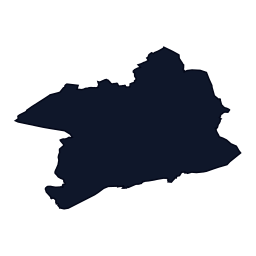 Valle nor, Aust-Agder, Norway (Natural Earth projection)
{"feature_id": "86288312B24572790615824", "entity_name": "Valle nor", "entity_type": "district", "adm_level": 2, "iso_a3": "NOR", "parent_name": "Norway", "parent_adm1": "Aust-Agder", "projection": "natural_earth1", "projection_center": [7.485, 59.169], "detail": "fine", "context": "isolated", "style": "filled", "palette": "ink", "viewbox_px": 256, "rotation_deg": 0, "n_neighbors": 0, "source": "geoboundaries", "source_scale": "gbopen_adm2", "svg_char_len": 5452}
<svg xmlns="http://www.w3.org/2000/svg" viewBox="0 0 256 256"><path d="M206.4,72.5L200.2,70.4L192.0,70.0L187.1,70.6L184.3,71.9L184.1,71.9L184.1,71.6L184.4,70.9L184.2,70.7L184.1,70.4L183.8,70.1L183.5,70.0L183.2,70.0L183.1,69.8L183.2,69.6L182.9,69.2L183.2,68.7L183.5,68.2L183.6,64.9L183.0,64.5L181.7,62.2L181.4,61.9L179.9,59.5L179.3,58.7L179.1,57.8L179.0,55.6L178.9,54.9L172.7,51.5L164.6,47.6L163.8,47.2L163.3,48.3L158.1,51.2L154.4,52.7L153.5,53.7L151.5,52.8L149.0,54.7L148.5,55.9L148.5,56.7L146.8,58.0L147.3,58.6L148.4,60.4L145.5,62.0L143.3,62.7L142.8,63.1L140.7,64.0L138.1,64.8L138.4,65.1L140.5,67.3L140.2,67.5L137.6,68.2L134.5,69.8L134.2,70.3L133.4,70.9L133.3,71.7L133.4,72.2L133.6,72.3L133.9,72.6L134.6,72.9L134.7,76.1L135.1,76.9L136.0,78.1L136.0,78.9L136.0,79.8L134.6,80.8L134.4,82.5L133.3,82.8L131.8,83.2L131.4,83.5L130.2,83.9L130.1,85.7L130.0,86.0L129.8,86.9L129.4,86.9L128.3,87.1L127.4,87.1L126.5,87.4L126.3,87.1L126.1,86.8L125.6,86.8L125.4,86.6L125.2,86.2L125.2,85.6L125.0,85.4L124.7,85.4L123.3,85.8L122.6,85.7L122.2,85.9L118.9,86.1L118.6,85.9L118.3,85.5L117.8,84.5L117.8,84.3L117.6,84.0L117.4,83.7L116.9,83.3L114.7,83.7L113.9,83.6L113.6,83.7L113.3,83.9L113.0,83.9L112.6,84.0L111.9,83.9L110.7,83.3L110.6,83.1L110.4,82.9L110.0,82.6L110.1,82.4L110.0,82.2L109.6,81.9L109.2,81.4L108.5,81.0L108.5,80.6L108.4,80.4L107.7,80.3L107.4,80.1L106.9,79.7L106.4,79.5L105.6,79.7L104.5,80.0L103.2,80.7L102.2,81.0L101.2,81.6L100.7,81.8L100.4,81.8L99.8,82.1L98.9,82.0L97.9,81.7L98.1,82.4L98.4,83.3L98.9,85.2L98.1,86.1L98.0,87.0L97.9,87.5L95.2,87.9L94.7,87.7L93.2,87.8L91.1,87.6L89.8,87.7L88.7,87.9L87.3,88.4L86.4,88.3L85.6,88.4L84.8,88.7L84.1,89.1L83.4,89.3L82.1,89.6L81.7,89.7L76.9,89.2L78.1,85.4L66.9,84.1L66.5,84.3L65.8,84.8L65.6,85.0L65.1,85.5L64.9,86.1L65.0,86.4L65.1,86.6L64.9,86.9L64.9,87.1L64.5,87.4L63.9,87.7L63.5,87.8L60.0,92.2L58.2,92.8L50.1,94.9L50.1,95.0L49.8,95.2L42.9,99.7L31.9,106.7L26.8,110.3L26.7,110.8L26.3,111.4L25.5,112.0L19.7,114.9L18.1,116.0L17.9,116.7L18.1,117.3L18.3,118.2L17.9,119.0L15.4,120.7L18.1,121.9L42.4,127.0L45.1,127.5L49.2,128.2L49.6,128.1L49.7,128.3L64.6,130.7L70.2,134.1L72.3,137.1L72.0,137.2L71.6,137.6L70.7,137.7L69.6,137.4L68.5,137.5L68.2,137.7L68.1,137.9L67.1,138.6L66.4,138.6L65.2,139.1L64.7,139.1L63.1,139.0L61.0,139.7L60.2,140.1L60.6,140.9L63.6,144.4L63.8,145.1L63.6,145.7L63.2,146.0L59.6,149.1L59.5,150.1L59.7,152.5L58.7,155.2L58.3,157.2L58.9,160.2L58.1,164.8L56.3,169.0L55.7,170.1L55.1,171.8L55.0,172.3L55.1,172.6L55.2,172.8L55.2,173.1L55.2,173.4L56.5,174.6L58.3,176.9L60.6,178.2L62.9,179.1L63.6,179.7L63.9,180.8L63.9,181.8L64.1,182.1L64.3,182.3L64.7,182.4L64.8,182.6L65.2,183.4L65.2,183.7L65.1,184.0L64.9,184.1L64.5,184.3L63.3,184.3L63.0,184.5L62.8,184.8L62.5,185.6L62.5,185.9L62.6,186.1L63.0,186.9L62.8,187.2L62.7,187.2L62.3,187.3L61.1,186.8L59.8,187.1L55.6,187.3L53.0,186.9L51.8,186.7L51.1,186.5L50.5,186.4L50.3,186.4L49.1,186.4L47.7,186.5L47.0,186.8L46.6,187.3L45.7,188.0L45.4,189.0L45.6,189.6L46.0,190.7L46.3,191.9L50.6,196.7L50.6,196.8L50.7,197.0L51.0,198.3L51.3,198.5L51.6,198.6L51.8,198.4L52.1,198.1L53.0,198.2L53.7,198.2L54.2,198.4L55.4,199.6L55.7,200.0L55.9,200.6L56.1,200.9L56.1,201.3L55.8,201.7L55.8,202.0L55.9,202.5L56.2,203.0L56.2,203.3L56.4,203.9L57.6,203.6L57.9,204.0L58.1,204.1L58.4,204.6L58.4,204.9L58.1,205.0L58.0,205.5L58.4,205.7L58.6,206.1L59.0,206.1L59.5,207.3L59.6,207.6L59.6,207.8L59.7,208.0L59.9,208.1L60.1,208.0L61.2,208.0L61.4,208.2L64.1,208.8L68.3,208.1L94.6,194.7L98.8,191.9L103.6,188.3L108.2,186.4L117.5,186.1L117.6,186.8L118.6,186.6L119.4,186.5L120.4,186.3L121.6,186.4L123.4,185.9L123.4,186.1L123.5,186.2L123.5,186.5L123.8,186.7L124.0,186.8L124.0,187.0L123.8,187.1L123.6,186.9L123.1,187.2L123.0,187.5L122.9,187.7L123.0,187.9L122.8,188.1L123.4,188.1L123.9,187.7L124.4,187.8L124.5,187.9L124.5,188.1L125.5,188.0L125.6,187.9L126.5,188.0L127.0,187.6L127.2,187.3L127.3,186.9L127.5,186.7L127.6,186.8L128.0,186.7L128.1,186.8L128.1,187.1L128.3,187.3L128.6,187.3L128.7,187.1L129.0,187.1L135.5,184.3L136.4,184.1L137.7,184.1L138.2,184.0L138.6,184.1L138.9,184.0L139.3,183.9L139.7,183.8L140.1,183.6L141.0,183.5L141.5,183.3L141.7,182.7L141.9,182.6L142.3,182.3L142.6,182.2L142.6,181.5L143.3,181.6L144.1,181.5L144.3,181.4L144.5,181.2L148.6,180.8L154.0,179.9L157.1,179.2L163.7,178.1L165.0,178.2L166.9,178.1L167.3,178.7L168.6,179.8L168.5,180.1L167.9,180.5L168.1,181.0L168.3,181.4L168.3,181.6L168.2,181.8L171.4,182.1L172.9,180.3L174.1,179.1L175.0,177.7L175.3,177.9L176.2,178.0L176.7,176.2L179.5,175.6L181.6,172.2L184.9,172.0L184.9,172.9L186.5,172.8L187.5,173.3L190.0,172.6L191.6,172.1L196.4,172.5L203.4,171.8L206.5,171.2L213.0,168.9L218.7,167.0L227.0,164.6L229.7,161.7L240.6,152.9L238.8,150.6L236.3,146.2L230.8,143.8L229.2,142.3L226.5,140.0L222.9,138.2L219.1,136.8L218.7,135.5L216.8,132.1L215.9,129.9L215.5,128.6L215.9,128.7L216.4,128.7L216.5,128.4L216.5,128.2L216.4,128.1L216.8,128.0L216.9,127.6L217.0,127.4L217.4,127.4L218.2,124.4L219.4,122.8L220.2,120.9L220.0,120.1L220.5,119.3L221.0,118.9L220.8,118.8L220.7,118.5L220.4,118.3L219.6,117.8L219.4,117.6L220.5,116.0L220.5,115.1L221.0,114.3L222.0,113.8L223.3,112.6L224.7,112.0L227.9,112.2L229.5,110.0L229.5,109.8L228.7,109.3L227.6,108.7L226.0,108.1L225.2,108.0L224.3,107.4L223.3,107.1L223.1,106.4L222.4,105.7L221.5,104.8L220.7,101.9L220.2,100.0L220.1,99.9L220.3,99.5L220.2,99.2L219.9,99.0L219.4,99.0L218.6,99.2L217.8,99.0L217.8,98.8L218.0,98.8L214.3,95.7L212.0,87.4L211.8,85.4L209.1,79.5L206.4,72.5Z" fill="#0f172a" stroke="#020617" stroke-width="1.5"/></svg>